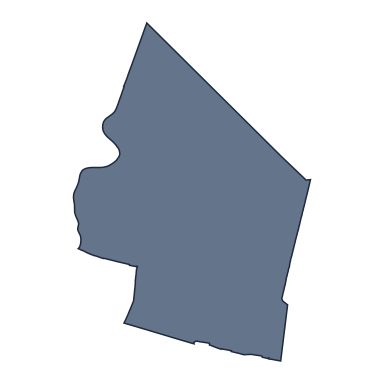 outline of Bunschoten, Utrecht, Netherlands
{"feature_id": "6326949B68264290320811", "entity_name": "Bunschoten", "entity_type": "district", "adm_level": 2, "iso_a3": "NLD", "parent_name": "Netherlands", "parent_adm1": "Utrecht", "projection": "albers", "projection_center": [5.355, 52.247], "detail": "fine", "context": "isolated", "style": "filled", "palette": "slate", "viewbox_px": 384, "rotation_deg": 0, "n_neighbors": 0, "source": "geoboundaries", "source_scale": "gbopen_adm2", "svg_char_len": 5782}
<svg xmlns="http://www.w3.org/2000/svg" viewBox="0 0 384 384"><path d="M146.8,23.0L131.5,65.6L130.9,67.1L130.1,69.2L128.5,73.6L126.7,78.9L125.9,80.9L123.6,86.6L124.1,86.8L121.9,92.9L121.1,95.4L120.5,97.0L119.8,98.9L118.2,103.6L118.1,103.8L118.0,104.1L117.9,104.4L116.9,107.0L116.3,108.5L116.0,109.1L115.5,110.1L115.3,110.5L114.9,111.1L114.5,111.8L113.7,112.6L113.4,112.9L112.7,113.7L112.4,113.9L112.0,114.2L110.0,115.7L107.4,117.6L106.8,118.0L106.6,118.2L105.6,119.0L105.4,119.3L105.2,119.5L105.0,119.8L104.8,120.1L104.3,120.8L103.9,121.4L103.7,121.7L103.6,122.1L103.5,122.3L103.1,123.4L102.9,124.4L102.8,124.9L102.7,125.7L102.7,126.2L102.6,127.1L102.6,127.5L102.7,128.4L102.8,129.2L102.9,129.6L103.2,130.6L103.4,131.2L103.6,131.7L103.9,132.3L104.2,132.8L104.6,133.4L105.0,134.1L105.5,134.8L106.4,135.8L106.8,136.3L107.2,136.7L107.6,137.1L108.3,137.7L111.5,140.5L112.8,141.7L113.4,142.2L113.7,142.5L114.7,143.7L115.2,144.2L115.9,145.0L116.7,146.2L117.1,146.7L118.0,147.9L118.6,148.7L118.8,149.2L119.1,150.0L119.3,150.4L119.3,150.6L119.5,151.2L119.6,152.0L119.7,152.8L119.8,153.1L119.8,153.4L119.8,153.5L119.8,153.9L119.8,154.1L119.6,154.9L119.5,155.3L119.4,155.7L119.2,156.1L119.1,156.3L119.0,156.5L118.4,157.5L117.9,158.2L117.7,158.5L117.5,158.8L116.9,159.6L116.0,160.7L115.8,160.9L115.6,161.1L115.0,161.6L113.0,163.1L112.1,163.7L111.6,164.0L110.6,164.6L108.7,165.7L108.4,165.8L106.9,166.4L105.2,166.9L104.4,167.0L103.1,167.3L101.8,167.4L100.2,167.5L96.4,167.5L93.3,167.5L92.1,167.5L91.7,167.5L89.4,167.7L87.7,168.0L87.2,168.1L86.0,168.4L85.4,168.6L84.9,168.9L84.0,169.3L83.7,169.4L83.4,169.7L83.1,169.9L82.7,170.1L82.3,170.5L82.1,170.7L81.8,171.2L81.4,171.9L81.0,172.6L80.8,172.9L80.5,173.7L80.3,174.1L80.1,174.5L80.0,175.1L79.9,175.3L79.8,175.8L79.7,176.3L79.5,177.3L79.3,178.6L79.0,180.1L78.9,180.7L78.8,181.1L78.6,181.9L78.4,182.6L78.1,183.5L77.5,185.2L77.2,186.0L76.8,186.9L76.2,188.2L75.9,188.8L75.6,189.4L74.9,190.7L74.5,191.8L74.0,193.2L73.7,194.4L73.7,194.7L73.5,196.1L73.5,197.0L73.5,197.5L73.5,198.4L73.7,199.6L73.8,200.4L73.8,200.9L74.3,203.2L74.4,204.2L74.5,205.6L74.6,210.0L74.6,210.9L74.6,211.4L74.6,211.7L74.7,212.1L74.7,212.4L74.9,213.2L75.0,213.6L75.1,213.9L75.2,214.4L75.4,214.9L75.6,215.4L76.0,216.6L77.1,219.1L77.4,219.8L77.7,220.5L78.0,221.1L78.2,221.8L78.3,222.3L78.5,222.7L78.5,223.1L78.6,223.4L78.6,223.7L78.6,224.1L78.6,224.3L78.6,224.5L78.5,224.8L78.3,225.6L77.9,227.5L77.8,228.0L77.8,228.4L77.8,228.7L77.8,229.0L77.8,229.3L77.8,229.7L77.9,230.2L78.0,230.5L78.2,231.2L78.4,231.5L79.8,234.4L80.0,234.8L80.1,235.1L80.3,235.5L80.5,236.3L80.7,237.2L80.8,238.1L80.9,238.5L80.9,238.8L80.9,239.8L80.9,240.2L80.9,240.7L80.8,242.3L80.6,243.3L80.6,243.7L80.3,244.8L80.1,245.6L79.7,246.6L79.5,247.0L79.3,247.5L78.8,248.0L78.6,248.2L78.2,248.6L80.1,249.5L81.9,250.3L83.1,250.7L84.1,251.2L85.1,251.7L86.0,252.2L86.4,252.4L86.9,252.7L90.4,254.2L94.7,255.8L94.9,255.6L98.6,256.9L100.6,257.6L102.4,258.2L103.2,258.5L103.3,258.5L103.4,258.3L103.5,258.3L103.8,258.3L106.1,258.8L110.1,259.8L115.2,261.1L116.2,261.4L117.2,261.6L129.4,264.5L129.4,264.9L129.4,265.2L129.5,265.3L136.6,266.7L136.8,266.7L137.0,266.2L137.2,266.3L137.3,266.4L137.2,266.5L136.9,268.3L136.7,268.7L136.5,269.1L136.4,270.3L136.3,271.7L136.2,272.4L136.1,274.9L135.8,275.9L135.7,277.2L135.3,280.7L135.3,283.6L135.2,283.9L135.1,286.0L134.6,290.6L134.4,292.8L133.9,297.6L133.8,298.6L133.6,300.5L133.5,301.0L133.2,301.8L131.2,306.8L129.8,310.1L129.0,312.0L127.7,315.2L127.2,316.3L126.2,318.5L124.0,323.1L127.9,324.2L131.9,325.4L144.1,329.0L153.5,331.8L155.2,332.3L156.1,332.6L179.5,339.6L192.1,343.3L194.1,343.8L193.7,342.5L196.0,341.1L209.4,343.2L209.5,345.1L210.3,345.1L210.8,345.3L211.2,345.6L217.4,348.0L219.1,348.6L221.0,349.2L221.1,348.8L227.8,350.0L229.2,350.3L231.4,350.7L231.2,351.5L233.6,352.1L235.6,352.6L239.5,353.5L243.0,354.5L243.8,354.7L244.6,354.7L246.0,354.6L250.4,354.4L251.3,354.4L256.6,355.2L258.8,355.5L259.3,355.6L261.3,355.9L261.9,356.2L262.1,356.7L262.2,357.2L265.9,358.0L267.6,358.4L268.8,358.0L268.6,358.9L270.7,359.2L272.1,359.4L280.7,361.0L287.6,304.9L283.6,301.7L282.9,301.1L282.7,300.9L282.6,300.7L282.4,300.2L282.2,299.6L281.8,298.9L281.8,298.7L282.1,297.4L282.1,297.1L282.6,295.3L282.7,294.8L282.8,294.1L282.9,293.7L283.1,292.9L283.3,292.1L283.5,291.4L283.7,290.7L283.8,290.2L284.2,288.5L284.2,288.2L284.4,287.5L284.5,287.1L284.5,286.8L284.8,285.8L284.9,285.6L285.0,285.2L285.1,284.9L285.3,284.5L285.3,284.0L285.5,282.9L285.6,282.3L285.7,281.8L285.9,280.9L286.0,280.3L286.1,279.8L286.1,279.5L286.2,278.8L286.2,278.5L286.4,278.0L286.6,277.1L287.1,275.7L287.2,274.6L287.3,274.2L287.7,272.8L287.9,272.1L288.1,271.6L288.2,271.1L288.3,270.4L288.6,268.9L288.7,268.5L288.9,268.1L289.0,267.8L289.0,267.7L289.2,267.4L289.4,266.9L289.4,266.7L289.5,265.6L289.6,265.0L289.9,263.1L290.0,262.8L290.1,262.2L290.2,261.5L290.3,261.2L290.4,260.9L290.5,260.5L290.6,260.4L290.7,259.2L290.8,258.8L290.9,258.6L291.1,258.1L291.2,257.8L291.3,257.1L291.4,256.7L291.7,255.9L293.4,249.0L293.5,248.6L294.2,245.7L294.3,245.2L294.6,244.0L294.9,243.0L295.3,241.2L295.4,240.6L295.6,239.8L296.1,238.0L296.1,237.9L297.0,234.6L297.5,232.4L297.7,231.7L297.8,231.3L298.1,230.5L298.2,230.3L298.2,230.1L298.4,229.4L298.5,229.2L298.5,228.7L298.6,228.3L298.7,227.9L298.9,227.1L299.0,226.9L299.2,225.8L299.4,225.2L299.5,224.8L299.7,223.9L300.1,222.0L300.3,221.3L300.3,221.1L300.5,220.5L300.7,219.5L300.8,219.1L300.9,218.7L300.9,218.4L301.0,218.1L301.4,216.9L301.5,216.5L301.8,215.4L302.0,214.9L302.1,214.3L302.2,213.7L302.5,212.2L302.7,211.6L302.9,210.8L303.1,210.2L303.3,209.5L303.3,209.3L303.4,208.9L303.4,208.7L303.5,208.2L303.9,206.9L304.2,205.7L305.4,200.7L305.8,198.9L307.0,194.3L308.7,187.2L310.5,179.6L306.1,180.1L281.8,156.9L212.8,88.5L146.8,23.0Z" fill="#64748b" stroke="#1e293b" stroke-width="1.5"/></svg>